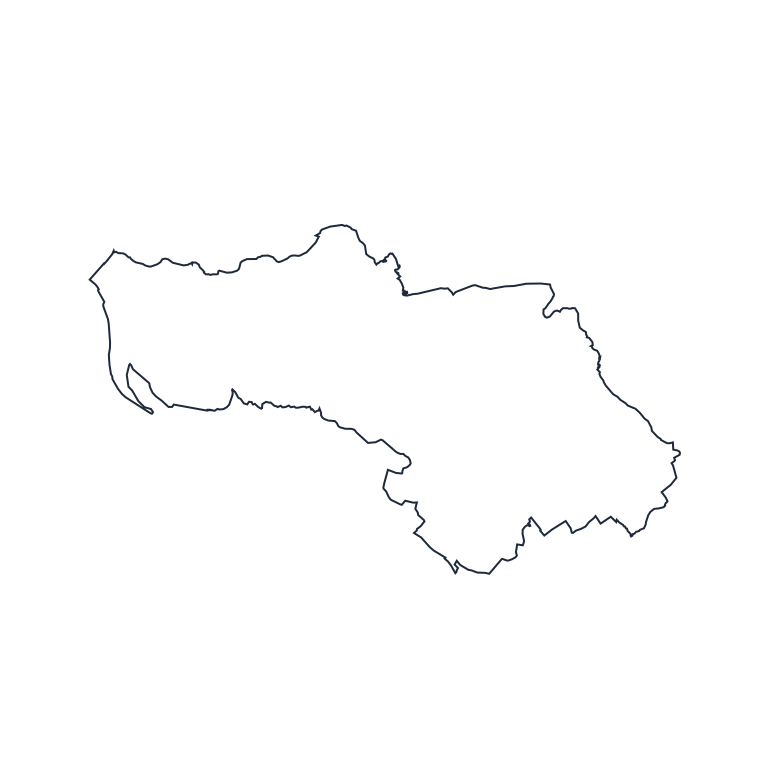 Izvoru Crisului, Cluj, Romania (Mercator projection), rotated 223°
{"feature_id": "2599482B40318061707597", "entity_name": "Izvoru Crisului", "entity_type": "district", "adm_level": 2, "iso_a3": "ROU", "parent_name": "Romania", "parent_adm1": "Cluj", "projection": "mercator", "projection_center": [23.108, 46.847], "detail": "fine", "context": "isolated", "style": "outline", "palette": "slate", "viewbox_px": 768, "rotation_deg": 223, "n_neighbors": 0, "source": "geoboundaries", "source_scale": "gbopen_adm2", "svg_char_len": 6149}
<svg xmlns="http://www.w3.org/2000/svg" viewBox="0 0 768 768"><g transform="rotate(223 384 384)"><path d="M460.5,483.6L467.6,485.3L466.6,484.6L468.4,483.9L468.7,482.3L468.1,479.9L469.3,477.4L468.6,476.4L468.7,474.9L467.8,475.7L466.3,475.5L466.2,475.1L467.9,472.7L469.1,472.9L469.8,472.0L470.4,470.9L470.4,469.0L471.0,468.0L471.0,466.1L473.8,466.8L476.0,468.4L477.6,468.5L481.6,467.2L485.6,466.9L492.3,472.2L495.1,472.7L499.2,472.2L502.0,473.2L509.0,477.0L513.3,475.2L515.0,475.6L519.5,474.3L520.6,472.7L523.1,471.8L530.8,462.3L534.7,454.6L534.7,452.6L533.7,450.8L535.1,446.1L532.2,447.3L530.4,440.9L530.4,427.7L533.0,420.7L534.0,419.3L537.2,416.9L539.1,414.8L539.9,412.7L540.3,409.7L542.7,403.7L544.2,401.3L545.9,400.6L551.7,401.0L556.4,398.9L560.6,394.6L561.2,392.6L562.5,390.9L562.6,388.4L569.4,381.9L571.4,377.4L571.7,375.1L568.6,369.4L568.6,367.0L571.3,362.0L574.9,358.2L581.7,354.6L582.0,353.6L580.6,351.3L581.1,350.1L583.6,347.9L585.5,345.3L587.1,344.7L588.9,342.8L591.5,342.6L592.1,342.9L592.1,343.4L594.2,343.7L598.3,343.7L600.8,345.0L604.6,344.4L606.8,342.4L606.1,341.0L607.3,341.6L607.5,340.1L608.3,339.2L608.6,337.6L611.4,334.1L621.0,328.7L626.9,328.0L629.5,326.5L631.2,324.1L630.6,320.6L631.4,317.1L634.5,311.0L636.0,309.6L639.6,307.8L642.3,307.3L648.5,303.7L651.7,303.0L654.6,302.9L655.9,303.4L657.3,302.4L661.3,302.4L663.8,301.7L667.6,298.5L670.0,298.0L671.0,296.4L672.6,297.2L671.3,293.6L670.6,284.1L670.6,280.9L671.0,281.0L670.4,259.6L662.9,260.0L659.2,259.4L657.2,258.7L657.2,257.7L655.9,256.9L644.5,253.3L643.8,251.0L642.5,249.5L630.0,243.1L626.3,240.2L612.5,227.4L609.0,223.4L604.9,217.4L597.7,210.7L590.4,205.0L588.0,204.2L585.7,202.3L575.4,199.1L569.0,198.0L563.9,198.1L536.7,203.0L533.8,203.7L533.3,204.4L533.8,205.9L537.4,206.8L543.3,203.7L551.8,203.9L563.8,207.5L569.0,207.7L578.3,215.2L583.4,224.3L583.4,225.4L581.5,225.2L577.7,223.6L556.2,224.5L553.0,222.1L547.4,219.8L542.1,219.4L535.4,220.2L525.9,220.3L523.3,222.8L523.7,225.6L496.1,243.3L494.2,244.8L496.4,243.8L493.4,246.2L494.2,246.1L493.9,246.4L489.6,248.9L488.8,252.2L487.0,253.1L484.3,256.1L483.1,260.0L483.1,263.3L487.3,272.7L489.1,274.8L491.1,276.0L491.2,276.7L487.3,276.6L481.2,274.6L478.6,275.3L473.3,274.2L470.1,275.8L470.6,278.9L468.6,280.5L466.1,279.6L465.5,280.0L465.0,281.4L460.2,281.4L456.9,282.2L456.7,283.1L459.3,286.4L458.1,290.5L455.2,292.1L454.4,293.1L449.1,293.3L447.3,294.5L446.1,294.5L444.7,297.6L442.3,297.7L440.4,299.8L438.9,303.3L436.3,303.5L434.2,306.3L432.3,306.5L430.8,307.9L428.2,311.7L425.7,313.9L424.7,313.7L422.8,316.9L419.7,315.7L419.2,316.7L415.4,316.3L414.5,319.1L413.7,319.9L414.5,322.1L410.2,319.9L408.7,318.2L406.2,317.4L403.8,317.7L399.8,319.3L394.6,323.4L391.7,323.2L388.8,322.1L387.0,322.2L382.0,324.7L377.1,329.1L374.4,330.3L371.0,329.8L355.5,330.0L350.4,335.7L348.3,341.2L346.7,341.9L328.5,342.6L324.3,344.0L322.2,346.0L319.1,346.0L316.4,346.8L313.5,346.2L310.5,344.3L309.9,342.7L310.3,339.1L312.3,335.3L311.1,332.8L309.9,331.3L309.9,330.7L314.5,327.2L322.6,323.9L316.5,312.3L314.0,308.0L313.0,307.2L309.2,306.9L303.2,304.5L300.0,304.0L290.2,307.0L288.6,307.8L288.9,313.1L281.6,317.2L279.2,319.8L276.0,314.1L271.6,313.0L269.6,311.5L262.2,311.7L260.7,311.1L260.2,305.0L261.0,300.5L260.1,299.1L260.4,295.5L252.3,297.1L239.2,295.9L234.0,296.1L220.7,298.9L220.7,297.7L216.0,297.8L211.2,297.0L202.8,294.3L202.8,295.8L203.8,297.4L204.4,299.9L209.2,300.1L210.2,304.3L204.9,303.6L195.7,305.6L192.8,307.4L187.2,309.7L181.3,314.8L177.6,317.0L178.5,336.2L178.0,336.9L173.6,338.8L172.6,339.8L170.9,343.1L169.6,347.0L169.9,349.2L172.9,351.1L177.2,357.5L172.5,360.7L173.6,363.2L174.6,364.8L180.6,369.0L183.2,372.1L183.6,375.2L183.2,377.8L182.4,379.0L180.6,379.3L180.3,380.0L181.5,380.6L183.3,380.3L183.4,382.9L185.5,384.1L185.3,386.7L171.4,384.6L169.8,384.2L169.7,383.2L163.4,382.5L161.9,392.0L157.7,407.7L149.1,405.8L145.2,403.3L144.2,404.1L143.6,407.7L141.0,412.7L139.4,417.2L139.9,423.0L139.1,428.6L139.2,431.7L130.4,429.6L127.6,441.6L120.1,441.4L121.2,443.4L117.7,443.2L112.7,444.0L111.6,443.5L110.4,444.1L108.7,443.4L107.7,443.9L105.5,442.7L101.1,442.5L100.3,441.3L99.3,441.0L98.9,442.4L99.6,444.1L98.8,445.3L98.8,447.9L97.2,450.4L97.4,451.7L95.5,455.8L96.7,459.5L98.3,461.9L101.2,468.2L102.0,472.1L101.3,476.9L98.2,480.4L95.5,484.6L95.4,486.7L96.0,487.0L96.8,489.2L96.5,490.1L96.7,491.6L100.2,493.0L107.2,494.3L105.5,506.0L106.2,514.9L117.2,521.6L119.7,522.2L119.1,525.6L119.2,526.8L121.5,527.9L119.5,533.8L120.7,535.6L122.1,536.0L124.1,535.5L127.7,533.3L132.9,538.3L134.5,535.7L136.7,533.7L143.2,532.0L144.2,532.5L148.0,531.9L156.1,532.4L158.9,534.6L165.6,536.9L169.8,536.4L177.0,537.4L183.3,537.4L190.9,534.5L194.1,534.7L200.4,533.6L204.5,533.9L209.4,532.8L220.8,534.1L224.7,535.3L225.8,536.1L230.4,536.9L233.4,538.3L234.2,539.9L237.9,540.1L238.0,542.8L238.8,542.5L238.7,544.2L239.3,544.1L239.1,545.7L240.0,543.6L240.1,544.8L240.8,544.4L242.1,546.0L242.3,547.9L243.8,549.2L243.2,549.6L244.1,550.9L244.2,550.0L244.5,550.1L245.1,551.1L246.9,552.5L250.7,553.7L254.0,552.4L255.8,552.3L257.8,553.2L258.5,552.9L257.9,554.9L260.2,556.8L265.3,557.6L267.5,556.5L267.8,557.3L270.1,558.1L271.1,559.3L272.3,559.7L274.5,559.0L279.2,558.7L285.2,562.8L290.1,568.0L295.9,569.7L298.2,567.9L298.2,567.2L299.9,565.3L301.5,564.6L304.8,561.5L305.1,558.8L304.6,556.8L307.1,556.0L308.5,554.4L309.1,552.6L308.7,546.5L310.1,543.6L312.0,543.0L315.2,543.9L318.2,547.4L317.6,549.5L318.5,555.1L318.5,557.7L319.2,561.3L319.9,562.9L319.9,564.0L321.0,565.7L328.1,568.3L330.4,570.0L337.9,564.4L348.4,554.3L355.8,544.3L362.0,538.0L371.2,525.8L375.3,523.6L377.4,521.8L384.7,518.5L386.4,516.4L394.3,500.1L394.3,496.5L397.1,497.3L402.6,497.5L404.5,495.2L407.7,492.9L421.1,472.8L424.0,469.6L427.4,464.4L429.9,462.6L431.1,462.4L431.8,462.9L430.5,464.1L430.3,465.0L429.5,465.2L429.9,466.0L429.2,466.4L430.0,467.1L430.6,466.4L430.5,465.2L431.3,464.8L431.7,465.6L432.4,464.6L433.0,465.9L434.0,465.2L435.5,467.6L439.7,469.7L443.7,470.9L445.9,470.4L445.5,473.7L449.4,473.8L449.0,474.7L449.3,474.9L452.1,474.0L453.5,474.7L453.7,475.4L452.4,476.7L452.2,477.4L452.1,479.7L453.0,481.1L453.4,481.2L453.4,479.5L460.5,483.6Z" fill="none" stroke="#1e293b" stroke-width="2"/></g></svg>